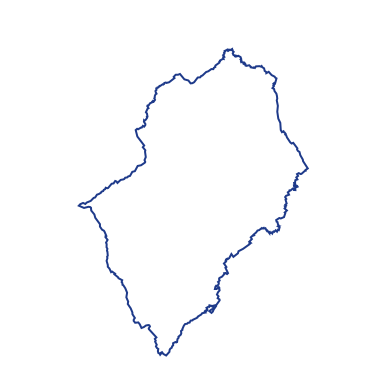 Lao Khwan, Kanchanaburi, Thailand, rotated 43°
{"feature_id": "78962969B77063732556274", "entity_name": "Lao Khwan", "entity_type": "district", "adm_level": 2, "iso_a3": "THA", "parent_name": "Thailand", "parent_adm1": "Kanchanaburi", "projection": "orthographic", "projection_center": [99.659, 14.592], "detail": "fine", "context": "isolated", "style": "outline", "palette": "blue", "viewbox_px": 384, "rotation_deg": 43, "n_neighbors": 0, "source": "geoboundaries", "source_scale": "gbopen_adm2", "svg_char_len": 6024}
<svg xmlns="http://www.w3.org/2000/svg" viewBox="0 0 384 384"><g transform="rotate(43 192 192)"><path d="M118.6,279.2L123.9,277.3L126.4,273.4L127.7,272.5L128.8,272.4L131.0,274.3L135.9,275.0L138.8,276.8L146.6,278.3L148.3,280.1L151.9,280.9L153.9,280.4L154.9,280.6L159.0,282.4L158.9,283.0L159.6,283.1L159.5,284.0L162.9,284.6L163.7,287.7L165.1,288.3L167.2,290.7L168.8,291.2L169.9,293.0L170.8,293.3L173.8,296.0L174.1,297.3L175.2,298.0L176.5,300.6L180.2,302.8L181.4,304.1L183.8,304.3L187.5,305.8L187.8,304.7L191.4,304.2L191.4,305.1L196.2,304.8L197.0,305.2L201.1,304.1L202.0,305.9L203.2,306.1L204.5,307.3L205.3,307.0L208.9,307.9L213.2,309.9L215.8,313.8L220.1,315.7L221.4,317.7L226.5,318.9L230.5,320.7L231.8,322.0L236.1,323.1L236.4,325.0L237.2,326.0L239.6,326.4L241.7,324.0L244.1,324.4L247.8,325.9L248.9,323.6L249.4,321.0L250.8,319.1L251.7,318.6L252.9,319.0L253.4,321.3L254.0,321.7L265.1,322.6L265.0,324.8L266.9,325.5L267.1,326.6L270.4,327.8L270.9,329.5L272.8,330.0L274.4,329.8L275.5,331.6L277.2,332.7L278.6,332.3L279.7,332.7L279.6,331.3L278.8,331.1L279.3,329.6L281.5,330.0L284.6,329.2L284.5,324.3L283.3,322.7L283.0,321.4L283.4,319.8L282.7,318.4L282.8,317.0L281.3,315.5L282.2,313.0L283.0,312.8L283.4,311.9L281.7,309.5L281.6,307.7L280.8,307.1L281.1,304.0L280.5,302.6L278.8,301.2L279.0,299.3L278.5,299.0L277.2,295.3L277.0,293.3L278.3,291.6L278.3,290.3L279.3,289.2L278.7,287.0L279.9,285.6L279.8,284.8L281.3,281.1L281.6,280.0L281.2,279.3L282.3,275.3L282.1,273.7L283.9,271.2L283.3,271.2L283.5,270.3L282.7,270.3L282.7,269.7L283.4,269.7L283.8,268.2L282.9,267.6L283.0,267.1L281.6,266.8L282.4,264.2L282.8,264.1L282.1,263.0L283.6,262.5L283.4,262.2L284.5,261.6L285.6,259.9L285.5,261.6L287.4,262.6L286.4,264.5L285.9,267.3L288.7,267.1L288.8,265.3L288.0,263.2L287.4,258.9L286.9,258.5L286.1,252.4L285.4,251.8L283.2,252.2L282.5,250.2L280.2,250.0L279.4,247.6L279.3,245.2L278.1,244.2L277.6,244.4L277.2,243.4L276.5,243.3L276.1,246.2L274.9,247.3L273.7,245.2L273.6,244.1L274.3,243.9L274.5,241.7L273.7,240.2L272.4,240.0L272.6,237.9L271.1,237.2L270.7,236.2L271.7,233.4L271.6,229.9L270.9,229.5L271.7,228.4L273.6,228.1L273.7,226.8L268.1,224.6L268.3,223.4L264.1,222.5L264.3,219.7L263.6,219.6L262.9,218.2L263.0,217.6L263.5,217.6L263.4,216.6L264.0,216.5L264.3,214.9L263.1,210.5L266.5,211.2L267.4,205.5L266.4,203.6L268.1,198.8L269.6,191.4L269.7,190.4L269.2,190.3L269.7,189.2L267.8,189.3L267.9,185.6L265.9,185.1L266.0,183.3L266.9,181.4L266.1,181.3L266.5,177.9L266.2,175.5L267.1,174.1L267.6,170.9L268.2,171.0L268.9,169.3L269.6,169.6L270.4,168.4L272.8,169.3L273.5,169.4L273.5,168.8L276.4,169.3L275.9,168.8L276.1,168.1L277.4,168.4L277.8,167.4L279.0,167.6L278.4,165.7L278.6,165.1L279.3,165.0L279.3,162.9L281.2,163.0L280.6,160.9L281.5,160.6L280.2,158.2L278.7,158.4L278.9,157.7L278.2,158.1L278.3,157.4L276.7,156.9L275.1,155.7L274.1,156.0L272.7,155.1L273.6,151.5L275.0,150.8L276.4,147.6L274.6,143.7L273.8,143.7L274.0,140.8L270.9,140.9L270.7,139.1L269.6,139.0L270.0,137.8L268.9,137.6L269.1,135.9L265.6,133.8L265.7,132.8L263.6,132.2L263.4,130.6L264.8,127.8L262.3,126.9L262.6,125.3L262.2,124.3L263.0,123.8L263.4,120.7L264.9,120.2L265.3,120.9L266.3,120.1L264.5,118.5L265.6,116.1L264.9,115.9L264.5,116.9L264.0,116.6L262.9,118.3L262.1,117.7L263.1,116.3L262.4,115.9L261.8,116.8L260.5,115.7L261.1,115.0L259.5,112.9L260.5,110.9L258.3,110.2L258.6,107.9L256.6,107.3L257.2,105.4L259.3,104.7L259.7,104.0L260.1,99.7L260.6,98.9L260.0,98.5L260.6,95.8L252.2,93.7L250.9,92.7L246.1,91.2L243.3,89.4L241.3,89.7L239.8,89.2L239.3,88.2L232.5,87.0L231.8,88.6L230.0,88.7L224.2,87.3L222.0,86.2L221.0,86.4L220.8,85.6L219.0,85.3L218.5,85.6L217.5,85.2L217.0,86.9L214.6,86.1L209.4,81.2L205.1,79.5L199.6,75.1L196.0,70.4L191.4,67.1L190.7,65.6L188.6,63.8L186.6,62.5L183.5,61.9L181.8,60.7L180.0,61.1L179.7,58.7L178.9,58.6L178.9,57.7L177.7,57.4L177.8,56.1L178.7,55.9L176.3,51.3L175.2,51.6L173.7,51.3L170.5,52.2L166.1,51.8L165.3,54.4L164.4,53.6L162.6,53.9L160.4,52.4L158.3,52.8L157.0,52.4L156.9,53.3L155.6,53.9L153.1,56.5L153.4,58.4L152.3,58.6L152.3,59.3L150.0,60.7L149.8,60.3L147.4,60.3L145.8,62.6L145.0,63.0L144.5,62.5L143.4,62.8L143.6,62.0L142.2,61.7L141.8,62.7L141.2,62.2L140.2,63.0L139.2,62.7L139.1,63.3L138.5,62.9L138.3,62.0L137.1,61.9L137.2,61.1L135.5,60.2L133.0,60.8L132.8,61.5L132.0,61.8L131.8,63.1L131.3,63.3L131.2,62.9L130.8,63.2L130.5,62.7L129.0,63.6L127.2,62.8L126.9,61.1L125.7,61.1L124.8,60.5L124.4,60.9L123.8,60.2L123.0,62.4L122.0,62.6L122.2,63.8L120.9,63.8L121.1,64.4L120.6,64.3L119.7,66.6L120.4,66.9L120.5,67.6L120.9,67.3L120.5,68.0L121.3,68.6L121.4,70.3L123.1,71.0L122.7,71.3L123.4,71.5L123.1,72.4L124.4,73.2L123.8,73.6L122.8,76.8L123.3,77.2L123.1,78.1L123.8,78.7L122.9,83.4L123.2,84.3L123.8,84.7L123.3,86.3L123.8,87.6L122.3,88.9L121.6,92.6L120.5,94.6L120.2,99.8L119.6,100.8L119.8,102.5L118.1,104.4L118.7,110.2L118.1,112.1L116.9,113.5L113.3,112.9L109.6,114.8L102.7,113.9L101.8,115.8L100.1,117.4L100.1,120.3L101.5,120.6L100.4,127.4L98.9,129.7L98.2,129.8L97.4,131.1L97.9,132.0L97.7,133.0L97.1,133.2L96.3,136.6L95.9,136.7L96.1,138.5L95.4,139.1L95.6,139.9L95.2,140.6L96.4,141.6L96.3,142.8L96.9,143.5L99.0,144.3L98.7,145.4L99.4,147.3L100.5,148.5L100.5,149.2L102.1,149.8L102.3,151.4L101.5,151.9L102.2,152.6L101.3,153.3L101.6,153.9L100.8,155.6L101.2,158.4L100.5,159.0L100.7,159.7L103.0,160.4L102.7,161.4L103.9,165.1L105.5,165.3L108.0,167.2L107.7,167.8L108.6,168.5L108.9,170.7L108.7,172.3L108.1,172.3L108.9,173.4L111.6,174.1L112.3,175.1L112.4,176.9L111.0,177.1L111.3,179.2L110.8,179.5L109.8,182.9L108.8,183.2L108.6,185.1L114.2,188.7L125.3,190.6L125.5,192.8L129.4,193.3L130.2,194.6L134.4,198.0L135.5,201.0L137.3,201.9L137.5,202.7L136.5,207.2L134.5,210.0L136.0,215.7L134.6,218.0L135.7,222.5L134.7,224.1L134.7,225.5L133.4,227.1L133.6,228.6L133.2,229.6L131.6,231.8L131.3,236.2L129.6,235.8L128.3,236.3L128.8,239.2L127.6,240.8L127.9,246.3L127.4,247.1L126.0,247.7L126.5,249.3L126.0,250.6L126.4,251.9L125.6,253.5L125.9,254.7L125.3,256.9L124.3,258.8L124.9,262.0L124.1,263.4L124.0,267.6L122.2,271.5L122.1,273.5L119.8,274.3L118.6,277.1L118.6,279.2Z" fill="none" stroke="#1e3a8a" stroke-width="2"/></g></svg>